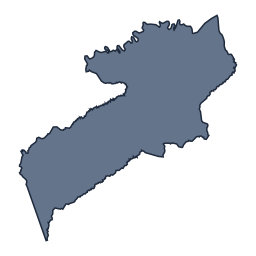 Inírida, Guainía, Colombia (Natural Earth projection)
{"feature_id": "7082276B88046455152973", "entity_name": "Inírida", "entity_type": "district", "adm_level": 2, "iso_a3": "COL", "parent_name": "Colombia", "parent_adm1": "Guainía", "projection": "natural_earth1", "projection_center": [-68.552, 3.202], "detail": "fine", "context": "isolated", "style": "filled", "palette": "slate", "viewbox_px": 256, "rotation_deg": 0, "n_neighbors": 0, "source": "geoboundaries", "source_scale": "gbopen_adm2", "svg_char_len": 5720}
<svg xmlns="http://www.w3.org/2000/svg" viewBox="0 0 256 256"><path d="M86.5,65.4L85.8,69.4L86.2,71.8L88.7,71.2L89.3,70.1L91.5,71.7L96.5,73.6L101.4,81.1L104.0,82.8L105.8,83.3L107.3,82.8L109.4,83.1L110.1,82.6L112.0,83.9L115.9,83.3L116.6,82.4L117.4,82.9L119.7,81.8L121.3,83.0L121.9,82.3L124.9,83.3L125.3,84.4L126.0,84.3L126.7,86.4L127.4,86.8L126.4,88.2L126.6,88.7L125.5,89.5L126.0,90.8L125.5,91.4L125.6,92.5L124.3,93.4L124.5,95.3L123.6,94.5L123.7,95.6L123.3,95.0L122.9,95.7L122.2,95.4L121.3,95.9L120.9,95.3L119.6,96.1L118.6,95.9L117.4,96.9L116.0,97.1L116.6,97.2L116.4,98.1L115.9,98.1L114.5,99.7L114.5,99.1L114.0,98.8L114.0,99.9L113.2,100.2L113.0,99.7L112.9,100.2L112.2,100.2L112.1,99.6L111.6,99.9L110.6,99.3L110.4,101.6L109.8,100.9L108.4,101.5L108.4,102.4L107.8,102.3L107.5,103.5L106.9,103.0L106.6,103.8L105.7,104.0L105.3,103.4L105.3,104.0L103.9,104.2L103.7,105.1L103.1,104.4L101.9,105.6L101.1,105.3L100.6,105.9L98.7,106.3L98.6,107.2L98.2,106.8L97.5,107.4L96.9,106.9L96.7,107.4L96.4,106.7L96.2,107.2L95.4,107.1L94.0,107.8L92.7,109.5L92.6,109.0L92.2,109.4L91.2,108.8L91.2,109.3L89.7,109.2L90.3,110.3L89.3,111.1L88.6,110.9L88.0,112.0L87.0,112.1L85.5,116.3L84.4,116.1L84.3,117.3L82.7,118.5L81.3,116.9L80.1,117.4L80.1,117.9L79.8,117.6L79.9,118.1L79.4,117.7L78.2,118.3L77.9,119.3L77.4,118.9L76.4,120.5L75.6,120.5L75.5,121.5L73.8,122.0L73.4,123.2L72.8,123.4L72.8,124.4L72.2,124.5L70.7,127.1L69.4,128.2L65.4,127.7L65.1,129.1L63.6,129.5L63.3,130.2L60.5,129.8L56.9,126.9L53.3,127.0L49.5,133.7L47.8,133.9L47.5,134.8L44.3,138.0L42.9,138.6L40.8,138.4L38.8,137.3L36.8,138.2L36.4,140.8L35.5,142.3L31.0,145.6L30.5,147.1L29.4,147.6L28.6,150.1L27.9,150.7L28.2,152.7L27.6,153.3L26.1,153.0L25.9,152.0L23.9,150.2L23.6,150.6L22.3,149.9L21.8,150.3L22.1,151.3L21.0,151.4L23.0,155.4L22.0,156.8L20.8,163.1L19.5,165.3L19.6,166.3L21.4,167.1L21.8,168.1L20.7,170.4L20.8,171.5L19.5,172.7L20.5,174.5L21.9,175.1L22.5,176.5L25.9,179.5L26.6,180.7L26.8,181.8L26.1,184.7L26.7,185.4L46.1,240.6L47.4,240.2L47.0,238.7L48.3,235.1L47.4,232.7L48.1,231.4L46.9,230.1L47.6,229.7L47.4,228.8L48.2,228.6L48.8,225.9L48.9,224.4L48.2,222.5L49.1,222.6L50.3,220.4L52.1,219.7L52.2,218.1L51.4,216.1L52.8,213.8L52.8,210.4L54.9,208.0L60.3,209.1L61.4,208.5L62.8,209.2L65.8,204.2L66.8,203.9L68.6,204.4L69.4,203.6L73.8,202.2L74.9,201.3L74.9,200.6L76.9,198.7L77.8,197.0L80.2,196.9L80.3,196.0L82.0,195.5L83.9,193.7L85.3,193.9L86.6,192.2L87.3,192.2L87.3,191.3L88.4,190.2L89.2,190.6L90.5,189.4L90.4,189.9L91.2,189.7L92.0,188.4L93.5,188.6L94.4,187.7L94.2,186.9L94.9,186.2L94.7,185.1L95.7,184.0L96.8,184.1L97.4,183.2L98.3,183.3L99.1,182.2L100.5,182.7L100.8,182.0L102.0,182.2L102.7,181.5L102.6,180.4L103.1,180.8L103.2,180.1L104.5,179.3L104.7,178.3L105.4,178.4L105.8,176.3L108.0,175.8L109.4,176.2L110.3,175.8L110.5,175.1L112.0,174.7L112.7,175.1L115.5,172.8L116.1,170.4L119.0,170.4L121.8,168.0L123.0,168.4L124.6,165.6L126.1,165.5L127.3,164.3L126.8,162.3L127.5,162.2L128.0,161.3L128.9,161.3L129.0,160.3L129.6,160.2L129.4,159.4L130.1,159.9L130.7,159.4L130.6,158.1L131.0,158.8L132.1,158.8L133.4,157.6L133.4,156.8L134.1,157.9L134.8,157.3L136.1,157.7L135.4,157.1L136.0,156.5L137.1,157.3L137.0,156.0L139.6,154.3L140.0,152.1L141.9,151.1L141.7,150.3L144.2,151.5L145.2,152.6L158.8,156.5L163.2,156.9L163.0,155.0L164.7,151.9L164.8,150.6L164.3,148.1L164.8,146.3L163.3,144.0L164.6,143.2L169.6,143.2L170.6,143.9L171.4,143.1L172.6,143.1L176.6,143.9L178.8,146.8L181.9,147.5L182.6,147.2L183.6,144.8L186.1,141.8L188.2,141.3L188.8,140.3L190.2,141.2L192.3,141.1L196.5,136.8L198.6,136.4L199.3,136.9L199.8,136.2L201.2,136.0L202.9,137.5L203.7,137.3L204.2,139.0L206.3,139.3L208.8,135.4L208.1,135.1L207.5,131.9L206.8,130.8L206.9,127.6L207.6,126.8L207.9,124.9L207.2,123.9L202.9,122.3L201.6,120.6L200.5,111.6L199.3,109.1L200.0,106.7L199.7,105.4L201.0,103.1L206.7,98.3L206.8,97.2L207.9,95.8L209.1,95.7L210.2,94.0L209.8,92.7L210.2,91.9L211.1,91.7L211.5,90.8L213.6,91.0L213.5,90.2L214.1,89.6L215.2,89.7L216.5,88.2L216.5,87.2L217.1,86.5L218.5,86.6L219.8,84.7L221.1,84.5L222.7,83.5L222.9,82.6L223.5,82.7L224.7,81.3L225.3,81.6L226.2,79.6L227.7,79.2L230.2,75.7L232.2,74.9L231.8,73.8L232.7,72.3L233.3,72.9L234.2,72.8L234.1,71.7L235.0,71.2L235.1,70.0L234.8,68.8L233.7,68.1L234.0,67.3L235.0,67.9L236.5,64.9L235.6,63.5L235.8,62.1L235.2,62.9L233.7,61.9L234.3,61.3L234.0,60.5L234.3,59.4L233.4,59.1L233.9,58.6L231.4,54.4L228.3,54.3L226.8,51.1L225.4,50.0L224.2,46.1L224.3,41.6L223.6,38.9L222.2,35.1L220.0,33.0L218.9,30.4L217.9,17.9L217.0,15.4L211.2,18.7L204.8,23.4L197.5,32.2L193.2,33.5L192.5,33.3L191.9,28.7L190.5,26.3L187.1,26.3L185.4,25.6L183.7,24.0L181.5,24.9L180.4,24.6L179.6,23.5L179.9,21.2L179.2,19.9L178.0,20.3L175.9,27.0L174.1,30.0L173.6,28.6L174.9,25.6L174.2,24.0L172.7,24.1L171.9,24.8L171.2,27.8L170.2,28.9L169.0,29.5L167.9,28.5L167.6,27.3L169.0,25.4L169.4,23.8L169.0,22.1L168.2,21.3L166.8,21.3L163.2,23.2L161.7,23.1L159.6,21.7L159.3,22.6L160.2,24.3L160.1,26.5L159.4,27.2L155.9,24.7L150.7,24.1L147.0,24.3L144.8,22.4L143.4,22.3L143.0,22.9L143.2,25.4L142.2,27.4L142.3,28.4L143.7,30.0L143.2,31.5L139.1,33.1L136.1,31.3L134.7,31.2L132.8,32.7L132.8,34.1L133.6,35.3L137.9,38.4L138.2,40.0L137.7,41.3L136.5,41.8L135.7,41.4L133.4,37.2L131.7,36.8L131.2,39.0L132.4,41.0L131.9,43.0L131.0,43.1L129.5,41.4L128.2,41.2L124.0,44.7L123.8,46.7L125.2,49.2L124.4,50.9L122.5,50.2L118.8,45.6L117.5,45.7L117.0,46.6L117.1,47.9L119.6,51.0L120.0,52.0L119.7,52.9L118.9,52.5L117.7,50.0L116.7,49.4L115.4,51.2L113.3,50.2L111.2,51.6L110.0,51.6L107.6,47.5L105.6,46.5L104.7,47.3L104.7,48.5L105.4,49.6L107.4,50.3L108.6,51.4L108.7,52.8L108.1,53.2L105.8,51.3L101.5,52.5L99.5,52.1L96.1,50.4L94.6,52.2L94.4,55.2L93.7,56.9L91.4,58.5L89.5,58.9L87.0,55.8L85.0,56.1L84.7,58.8L87.5,63.9L87.2,65.3L86.5,65.4Z" fill="#64748b" stroke="#1e293b" stroke-width="1.5"/></svg>